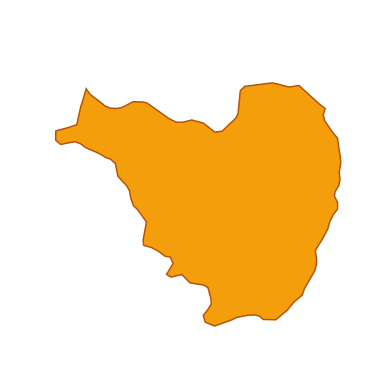 Itambaracá, Paraná, Brazil (Mercator projection), rotated 12°
{"feature_id": "56859067B69657690107585", "entity_name": "Itambaracá", "entity_type": "district", "adm_level": 2, "iso_a3": "BRA", "parent_name": "Brazil", "parent_adm1": "Paraná", "projection": "mercator", "projection_center": [-50.428, -22.987], "detail": "fine", "context": "isolated", "style": "filled", "palette": "amber", "viewbox_px": 384, "rotation_deg": 12, "n_neighbors": 0, "source": "geoboundaries", "source_scale": "gbopen_adm2", "svg_char_len": 1484}
<svg xmlns="http://www.w3.org/2000/svg" viewBox="0 0 384 384"><g transform="rotate(12 192 192)"><path d="M67.0,113.0L66.3,123.3L65.4,132.2L65.3,150.1L57.2,154.9L46.1,160.5L47.9,169.7L53.7,172.8L61.9,169.2L67.0,167.1L73.0,168.0L78.6,170.6L93.7,173.8L100.5,176.2L105.3,176.7L111.1,180.1L116.2,191.9L122.4,196.5L126.6,199.2L130.7,204.0L133.3,210.6L137.7,217.7L142.5,220.6L153.7,230.8L154.2,249.2L155.8,254.2L163.8,254.7L171.3,256.9L179.1,260.5L184.2,260.1L188.4,265.8L184.2,277.9L189.2,279.6L199.3,274.8L208.9,281.3L222.7,280.6L227.4,282.1L230.0,287.1L232.5,292.0L234.2,297.5L232.1,303.3L228.7,310.5L232.1,316.6L242.0,318.4L258.1,308.4L261.6,305.5L272.3,300.9L279.4,299.2L283.8,299.4L288.3,301.9L295.2,300.5L300.5,299.6L309.7,287.8L314.6,278.4L321.2,270.0L322.1,262.9L328.5,243.4L328.8,236.9L327.9,232.3L324.8,223.4L329.0,211.8L330.9,205.5L332.5,199.9L333.0,191.9L335.0,184.5L337.9,178.4L336.7,172.3L332.2,166.5L331.9,162.0L334.3,154.9L334.1,148.6L331.9,142.4L331.5,132.7L329.6,126.5L326.8,119.3L323.2,109.3L316.7,104.0L310.9,98.5L307.0,94.9L304.3,89.1L304.9,82.8L296.8,78.7L274.5,65.6L265.0,69.2L252.3,68.6L247.8,68.6L221.6,77.7L218.2,82.9L220.7,105.4L219.8,109.9L217.1,114.4L214.5,117.8L208.9,126.2L201.8,128.7L188.7,122.2L176.9,121.6L168.6,125.6L162.2,127.0L158.2,126.0L154.3,125.0L138.7,118.3L129.1,114.2L124.9,114.2L115.7,115.9L106.3,123.6L101.5,125.8L94.8,127.0L89.0,126.0L85.0,123.8L76.6,119.9L71.9,117.6L67.0,113.0Z" fill="#f59e0b" stroke="#b45309" stroke-width="1.5"/></g></svg>